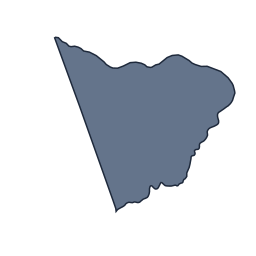 Sibinal, San Marcos, Guatemala (Robinson projection), rotated 15°
{"feature_id": "79465075B17563879064897", "entity_name": "Sibinal", "entity_type": "district", "adm_level": 2, "iso_a3": "GTM", "parent_name": "Guatemala", "parent_adm1": "San Marcos", "projection": "robinson", "projection_center": [-92.035, 15.127], "detail": "fine", "context": "isolated", "style": "filled", "palette": "slate", "viewbox_px": 256, "rotation_deg": 15, "n_neighbors": 0, "source": "geoboundaries", "source_scale": "gbopen_adm2", "svg_char_len": 2371}
<svg xmlns="http://www.w3.org/2000/svg" viewBox="0 0 256 256"><g transform="rotate(15 128 128)"><path d="M222.2,66.6L221.4,64.7L219.7,61.7L218.5,59.6L216.9,57.8L211.7,53.6L203.0,49.4L188.5,47.9L182.7,49.6L176.4,49.3L173.0,48.7L169.5,47.0L161.5,44.7L157.6,44.4L151.9,46.5L147.6,49.8L141.5,58.2L138.4,59.9L135.3,63.1L134.0,63.7L130.5,64.0L127.8,62.6L124.0,62.0L118.6,62.4L113.2,64.3L107.4,69.4L102.5,72.9L97.9,74.0L95.1,73.7L90.6,72.3L87.6,70.3L78.6,66.3L71.1,64.7L65.2,65.1L61.9,63.4L58.9,62.8L55.3,62.8L51.9,64.2L49.7,64.2L46.5,62.2L42.1,61.6L37.4,58.8L34.6,59.1L33.8,59.9L75.7,119.6L132.4,202.0L137.1,209.0L138.1,211.6L138.7,210.2L139.2,209.3L139.7,208.7L143.7,204.9L144.4,204.1L145.0,203.2L145.3,202.3L145.7,201.5L146.4,200.7L147.7,199.7L148.7,199.4L149.6,199.3L150.3,199.2L151.6,199.0L152.7,198.2L153.5,197.7L154.5,197.6L156.1,197.6L157.1,197.4L158.2,196.8L158.7,196.3L159.3,195.3L161.1,192.8L161.9,192.2L162.8,191.6L163.4,191.1L164.0,190.6L164.6,190.0L165.1,188.8L165.2,188.1L165.4,186.7L165.4,185.6L165.2,183.7L164.9,182.7L164.5,181.2L164.4,179.8L164.5,178.6L164.9,178.0L165.7,177.7L166.8,178.1L167.7,178.8L168.7,179.3L169.5,179.7L170.5,179.8L171.7,179.3L172.4,178.4L172.7,177.7L172.9,176.8L173.1,175.8L173.4,174.4L173.6,173.0L174.0,172.1L175.1,172.1L176.1,172.7L177.6,173.5L178.8,174.0L179.5,174.0L180.4,173.9L181.4,173.7L182.8,173.4L184.7,172.9L185.9,172.3L187.2,171.6L188.1,171.1L189.1,170.9L190.1,171.2L191.0,170.9L191.3,170.3L192.0,168.8L192.8,168.1L193.7,167.4L194.5,167.0L195.0,166.3L195.0,165.4L195.0,164.6L195.3,163.2L196.2,162.4L196.6,161.5L197.0,160.5L197.3,159.5L196.4,156.2L196.9,152.9L197.3,150.3L197.2,146.8L196.9,143.1L196.8,141.5L196.5,140.1L196.5,139.2L196.8,138.6L197.6,138.0L198.6,137.5L199.1,137.0L199.4,136.2L199.4,135.4L199.1,134.6L198.6,134.0L198.1,132.8L198.7,131.6L199.3,131.2L200.6,130.7L201.6,130.1L202.0,128.9L201.8,127.3L201.5,126.6L201.3,125.2L201.4,124.4L201.8,123.7L202.8,122.6L203.9,121.6L204.7,120.7L205.2,119.8L205.9,118.3L206.4,116.6L206.7,114.4L206.3,113.2L205.5,111.3L205.5,110.0L205.8,108.9L206.4,107.6L207.3,106.6L208.4,105.7L210.5,104.2L212.0,102.9L213.1,101.8L213.6,101.2L214.1,99.9L214.1,99.2L213.7,97.6L212.1,94.9L211.4,93.4L211.0,91.9L211.0,90.9L211.4,89.6L213.0,87.8L215.7,84.6L217.9,81.8L218.9,80.8L220.3,78.5L221.1,76.7L221.8,74.2L221.9,71.3L222.2,66.6Z" fill="#64748b" stroke="#1e293b" stroke-width="1.5"/></g></svg>